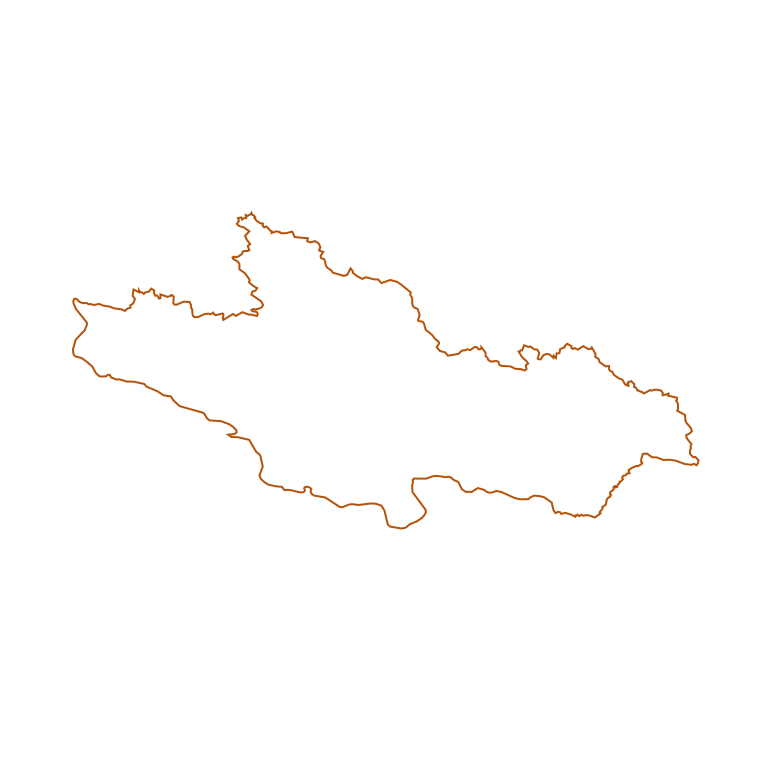 Hpapun, Kayin, Myanmar, rotated 126°
{"feature_id": "60261553B97076149795033", "entity_name": "Hpapun", "entity_type": "district", "adm_level": 2, "iso_a3": "MMR", "parent_name": "Myanmar", "parent_adm1": "Kayin", "projection": "orthographic", "projection_center": [97.331, 18.069], "detail": "fine", "context": "isolated", "style": "outline", "palette": "amber", "viewbox_px": 768, "rotation_deg": 126, "n_neighbors": 0, "source": "geoboundaries", "source_scale": "gbopen_adm2", "svg_char_len": 6153}
<svg xmlns="http://www.w3.org/2000/svg" viewBox="0 0 768 768"><g transform="rotate(126 384 384)"><path d="M333.2,597.4L335.6,599.6L337.4,597.2L340.9,597.2L341.4,594.1L339.7,589.4L339.6,582.7L345.8,583.5L348.0,579.7L349.4,574.5L352.5,575.3L354.9,571.6L356.3,572.3L359.3,576.0L362.6,575.4L366.3,576.7L368.6,578.3L369.3,580.4L370.7,580.9L371.5,579.2L370.9,574.0L372.0,571.4L376.2,568.4L376.1,561.5L378.4,554.6L379.3,553.6L381.1,553.1L381.5,547.5L381.0,542.9L383.9,542.9L386.8,544.8L389.6,543.8L389.3,532.2L391.1,528.2L394.0,528.1L396.0,529.0L399.2,531.9L400.3,533.9L402.1,534.7L402.5,533.2L400.5,529.6L401.4,527.4L403.6,526.6L406.4,533.2L407.3,533.8L409.1,540.7L416.0,543.9L416.1,547.3L426.6,551.7L425.6,553.0L422.0,554.8L421.8,556.0L427.2,560.5L427.5,562.6L426.7,564.1L429.5,565.3L430.4,567.6L433.3,570.5L439.0,573.7L441.1,576.3L441.4,577.8L440.4,579.6L436.2,583.3L435.9,584.6L433.8,586.3L431.9,589.5L435.1,594.4L442.1,598.7L442.9,600.6L442.6,601.9L437.3,605.1L436.5,607.1L437.0,608.4L437.7,608.1L440.8,610.4L442.9,617.5L445.9,615.3L447.1,616.1L445.7,619.5L447.0,621.0L445.6,623.6L443.5,624.7L443.6,628.3L447.6,628.6L450.4,631.1L452.3,631.3L452.2,633.7L453.0,635.5L452.2,637.2L453.8,636.1L454.8,642.2L460.4,639.2L461.5,635.6L464.3,634.7L466.5,634.3L469.5,635.5L471.2,634.0L474.2,636.0L477.2,636.6L477.7,639.7L481.2,646.5L482.8,651.8L485.6,657.2L486.6,661.4L490.7,665.3L491.8,668.4L493.2,669.9L493.1,671.9L495.7,675.4L496.6,679.1L495.9,682.2L496.5,684.1L497.4,684.6L499.4,684.2L501.1,682.7L504.3,677.5L508.9,660.7L510.2,659.4L516.3,657.7L529.3,659.5L539.0,655.9L542.5,652.6L542.9,651.5L543.1,650.1L540.7,643.8L540.7,637.5L541.3,630.3L544.4,624.0L545.1,619.2L543.9,616.7L541.0,613.3L538.7,612.7L537.9,611.2L539.0,608.8L537.9,603.6L535.8,600.9L533.1,593.3L529.3,588.0L524.9,578.0L525.7,574.6L523.0,562.8L522.7,555.8L519.4,549.1L521.1,544.4L522.0,536.2L513.9,514.3L513.6,512.2L515.9,506.7L515.9,503.7L509.9,494.1L507.5,485.5L507.4,481.0L508.1,476.4L509.6,474.9L511.1,475.0L513.0,476.3L516.6,480.2L516.6,476.5L512.9,470.8L508.4,460.3L514.1,447.3L514.1,443.6L515.1,441.4L522.0,433.6L531.2,431.0L533.2,427.6L533.7,422.8L533.3,418.2L530.5,411.6L527.2,406.2L528.4,402.3L525.2,398.2L521.0,388.2L519.1,385.7L517.9,385.3L516.5,385.4L515.4,387.2L514.1,387.5L512.0,385.5L511.4,382.7L511.9,380.9L514.4,380.1L515.4,377.6L515.4,375.1L510.3,364.8L509.5,347.7L508.5,345.5L502.0,341.4L499.8,338.9L496.9,333.6L488.6,324.7L485.7,320.3L483.9,314.6L486.1,309.3L495.4,298.4L495.8,295.4L490.7,285.0L487.6,282.1L482.2,280.6L475.8,276.7L469.7,274.5L465.3,274.3L463.0,274.9L461.2,276.6L454.7,297.4L449.9,301.4L446.4,302.8L444.9,304.3L443.0,304.3L435.8,294.3L430.0,290.3L427.1,287.0L422.9,278.9L421.5,278.0L420.3,275.3L420.6,270.8L419.6,266.3L423.3,259.3L423.2,254.5L419.7,249.6L413.0,246.9L410.8,240.9L410.9,237.6L410.0,234.8L407.7,232.3L404.5,230.3L402.4,225.6L399.4,211.1L397.1,205.9L392.4,199.6L388.7,198.6L385.8,196.6L382.8,191.3L381.5,187.8L381.3,178.7L386.4,172.8L387.6,169.4L385.0,167.9L384.2,166.1L384.9,164.3L381.8,161.8L379.7,155.9L379.0,151.3L377.7,151.7L377.5,150.9L376.0,150.7L376.1,148.4L373.8,147.6L373.4,145.1L371.2,143.4L369.8,140.9L368.0,134.9L361.4,132.8L361.0,134.2L356.4,133.9L355.3,135.1L351.3,133.6L346.4,135.9L343.8,135.7L343.0,134.9L340.4,135.1L340.5,136.0L338.7,137.4L334.5,136.2L332.6,137.7L330.8,137.2L330.5,136.2L331.6,136.4L331.7,135.9L330.4,134.9L327.9,135.7L326.0,135.2L324.6,136.0L323.8,135.2L320.5,134.7L319.8,136.3L317.6,136.5L315.7,134.8L313.5,134.7L311.9,132.9L310.1,135.5L306.2,134.2L301.9,131.6L301.3,130.3L297.0,128.5L295.9,128.7L295.7,130.4L293.2,131.9L288.4,133.5L285.7,130.4L285.7,124.1L283.1,120.2L281.3,113.4L277.3,108.3L274.7,103.2L271.9,93.6L268.7,87.8L266.4,86.3L266.0,83.4L263.5,83.4L260.8,84.8L260.0,89.2L261.5,90.8L260.7,95.3L258.0,97.4L255.2,98.0L254.4,99.3L251.9,99.9L249.9,107.3L247.7,109.5L245.3,108.0L241.3,107.1L240.4,108.1L239.3,110.0L237.5,116.9L236.4,118.7L232.1,122.2L233.3,131.1L231.6,131.4L227.9,134.0L226.2,136.2L225.9,137.8L223.6,138.1L222.9,139.0L226.5,147.4L223.6,148.3L225.2,148.4L229.3,152.0L227.3,153.3L226.5,156.0L227.7,159.0L229.3,161.4L232.3,163.9L232.7,165.3L238.9,168.1L238.8,171.1L239.5,172.0L239.5,174.0L240.3,174.9L238.9,178.0L239.3,180.1L237.0,181.3L236.4,185.7L239.0,187.6L240.4,186.4L240.6,186.9L241.8,185.3L242.7,188.1L240.4,194.0L241.5,197.7L241.4,203.7L240.0,206.1L240.5,209.0L239.8,210.5L237.2,212.5L239.5,215.2L239.6,222.4L237.6,225.1L237.8,229.1L235.3,230.6L232.3,237.4L234.0,237.3L235.8,239.6L236.2,245.0L242.2,247.3L242.9,250.9L244.5,251.7L244.8,253.3L243.2,254.5L243.8,259.5L247.6,260.1L248.1,259.4L252.3,262.0L256.0,260.2L257.7,262.3L261.9,260.2L261.4,263.3L263.3,262.3L262.8,267.1L263.9,270.0L267.1,272.0L271.8,271.7L273.3,273.7L273.2,274.5L267.6,276.7L266.1,280.4L267.5,282.4L267.7,287.8L269.1,288.9L270.4,293.5L275.6,292.0L276.6,293.4L278.3,293.2L278.7,293.9L281.1,288.2L281.8,281.9L282.8,279.4L285.5,280.3L288.1,277.5L290.5,278.2L291.5,282.0L294.5,286.7L295.4,292.0L300.5,300.1L300.6,302.1L298.7,304.6L299.5,306.8L303.0,310.6L303.3,313.6L301.9,316.0L301.8,318.2L299.0,320.2L297.0,326.9L298.4,326.0L300.4,327.8L299.7,330.9L301.1,332.6L305.8,334.1L307.1,337.2L309.3,338.4L311.1,340.6L315.9,341.5L323.6,349.0L322.4,352.9L324.4,358.2L323.2,363.0L318.9,363.2L317.7,364.5L317.5,369.0L316.0,374.2L315.6,382.2L311.7,387.0L310.9,389.4L312.7,392.9L312.4,394.0L307.2,395.7L303.5,401.0L304.4,404.8L303.0,407.9L297.9,411.7L296.5,415.1L294.2,416.3L293.5,428.4L293.7,433.6L296.1,440.0L303.9,445.5L302.9,450.2L305.1,453.4L308.3,461.4L311.7,463.3L312.6,469.2L312.3,474.4L310.9,476.0L310.1,479.0L317.4,478.0L320.1,480.0L324.0,490.7L323.1,493.4L323.2,498.6L322.1,501.0L319.3,503.9L318.3,505.8L319.1,509.0L317.8,510.5L312.9,510.8L314.1,515.0L310.6,516.0L308.8,519.2L308.9,523.7L312.9,527.0L313.6,530.2L310.9,531.3L317.6,542.6L314.7,547.8L319.8,552.1L322.8,556.4L322.3,557.5L323.8,560.8L327.9,563.7L326.4,564.5L326.8,566.2L325.7,571.1L326.0,572.2L327.7,572.9L327.4,575.1L325.4,576.3L326.6,578.5L326.9,583.0L325.8,586.5L324.8,586.2L324.2,587.9L324.6,590.1L323.4,591.8L324.8,591.7L328.1,593.1L328.6,595.1L330.7,593.0L332.5,595.0L334.4,595.4L333.2,597.4Z" fill="none" stroke="#b45309" stroke-width="2"/></g></svg>